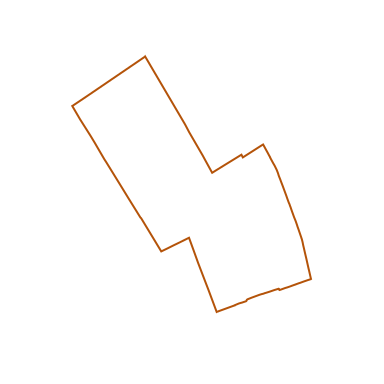 Colelia, Ialomita, Romania (Equal Earth projection), rotated 125°
{"feature_id": "2599482B37607377931604", "entity_name": "Colelia", "entity_type": "district", "adm_level": 2, "iso_a3": "ROU", "parent_name": "Romania", "parent_adm1": "Ialomita", "projection": "equal_earth", "projection_center": [27.004, 44.773], "detail": "fine", "context": "isolated", "style": "outline", "palette": "amber", "viewbox_px": 384, "rotation_deg": 125, "n_neighbors": 0, "source": "geoboundaries", "source_scale": "gbopen_adm2", "svg_char_len": 1834}
<svg xmlns="http://www.w3.org/2000/svg" viewBox="0 0 384 384"><g transform="rotate(125 192 192)"><path d="M190.2,339.4L190.6,338.6L192.8,333.8L196.1,326.6L196.7,325.3L204.2,307.3L207.6,299.6L209.0,296.6L215.5,282.5L216.7,279.5L227.0,255.6L233.6,240.4L242.5,219.6L242.6,218.7L251.9,197.6L258.3,183.1L252.2,179.7L246.1,176.4L242.9,174.6L231.2,168.2L238.9,157.2L246.6,146.3L258.5,128.7L262.8,122.3L275.2,104.3L276.1,103.0L275.9,102.9L275.5,102.6L274.9,102.1L274.5,101.9L274.2,101.7L268.5,97.7L260.8,92.3L260.5,92.0L260.3,92.1L260.0,91.9L256.5,89.7L255.2,88.7L253.9,87.6L250.5,85.1L250.1,85.0L249.7,85.0L249.1,85.2L248.7,85.2L248.1,85.0L244.3,82.5L237.4,77.7L235.6,76.3L234.5,75.3L232.9,74.2L232.7,74.0L229.2,71.3L225.2,68.4L221.5,65.5L221.5,65.2L222.1,64.4L222.1,64.1L221.2,63.4L217.2,60.6L215.2,59.0L206.4,52.8L205.4,52.1L204.5,51.4L201.2,49.1L198.6,47.2L197.6,46.5L197.5,46.4L196.6,45.7L195.9,45.2L195.3,44.7L195.0,44.6L194.7,45.0L189.9,50.3L187.6,52.9L181.3,59.8L177.2,64.4L174.3,67.6L171.9,70.3L169.7,72.6L167.6,75.0L167.1,75.8L166.8,76.1L165.2,78.3L163.3,80.9L161.4,83.5L159.7,85.9L158.9,86.9L156.8,89.8L156.1,90.8L154.1,93.9L150.5,99.0L148.4,101.9L148.0,102.4L147.1,103.8L146.1,105.1L145.3,106.5L143.0,109.8L140.9,112.7L135.9,119.9L135.2,120.9L132.3,125.2L131.1,126.9L129.6,129.2L128.8,130.4L127.3,132.3L125.3,135.3L123.0,139.5L121.9,141.9L120.8,144.1L119.9,145.9L119.0,147.7L118.9,147.7L118.8,147.8L118.7,148.0L118.5,148.4L118.3,148.8L118.0,149.5L116.2,153.0L116.1,153.3L115.8,153.8L115.5,154.5L114.2,157.1L112.8,159.9L112.3,161.0L114.6,162.0L121.9,165.0L134.5,170.2L133.1,172.9L149.5,180.0L160.4,184.7L164.5,186.4L164.7,186.5L158.3,199.5L156.1,203.9L144.7,228.5L141.1,235.5L140.5,236.7L112.6,297.8L109.7,304.1L107.9,308.1L108.0,308.1L174.5,333.3L190.0,339.3L190.2,339.4Z" fill="none" stroke="#b45309" stroke-width="2"/></g></svg>